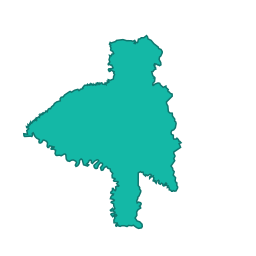 Likolobeng, Maseru, Lesotho (Robinson projection), rotated 131°
{"feature_id": "5366337B98429078950414", "entity_name": "Likolobeng", "entity_type": "district", "adm_level": 2, "iso_a3": "LSO", "parent_name": "Lesotho", "parent_adm1": "Maseru", "projection": "robinson", "projection_center": [27.995, -29.48], "detail": "fine", "context": "isolated", "style": "filled", "palette": "teal", "viewbox_px": 256, "rotation_deg": 131, "n_neighbors": 0, "source": "geoboundaries", "source_scale": "gbopen_adm2", "svg_char_len": 5877}
<svg xmlns="http://www.w3.org/2000/svg" viewBox="0 0 256 256"><g transform="rotate(131 128 128)"><path d="M194.2,204.7L193.4,203.1L193.7,202.4L196.3,202.7L198.6,199.8L200.7,202.9L202.2,201.3L202.2,200.4L198.0,196.1L197.5,195.0L196.3,195.2L194.9,196.7L193.8,196.4L195.4,192.5L195.6,190.3L194.9,187.3L196.8,186.2L197.4,185.3L197.0,184.4L195.6,183.7L192.8,184.1L192.1,183.2L191.5,180.6L192.1,178.9L194.8,177.1L195.3,175.8L194.7,175.0L192.9,175.6L190.8,171.3L191.5,171.1L193.0,172.7L194.3,172.4L194.2,171.7L192.8,170.4L192.3,168.0L195.2,166.2L195.8,164.6L195.5,163.7L193.5,161.9L192.8,160.2L189.4,159.0L188.9,158.3L189.1,157.2L191.9,154.3L192.5,152.2L191.5,150.2L189.7,149.7L188.0,148.4L187.3,145.7L187.8,144.2L190.6,143.4L191.1,142.0L189.7,141.3L188.0,141.3L186.0,141.9L184.3,143.3L182.1,143.1L182.0,141.7L184.9,137.4L183.3,133.6L181.6,133.4L182.2,135.6L180.2,135.4L177.8,135.9L177.0,135.5L176.6,134.5L178.2,132.8L178.1,131.6L174.9,131.5L172.2,130.5L171.8,129.6L172.1,128.4L178.5,129.2L179.6,128.1L180.0,126.3L179.5,125.4L178.5,124.8L175.4,125.9L172.3,126.0L171.6,124.7L171.8,123.5L173.1,122.8L175.9,122.8L177.3,120.7L177.1,119.9L175.9,119.3L173.6,119.9L171.5,119.3L171.1,118.9L171.6,116.7L170.6,114.6L171.9,113.0L172.3,109.7L174.1,109.1L175.9,107.2L174.7,104.7L174.9,104.3L176.3,104.6L177.3,104.3L177.3,103.6L175.0,100.4L175.5,99.9L177.4,100.1L177.6,97.0L178.2,96.9L179.0,98.2L180.6,98.7L181.9,97.1L183.5,96.4L183.9,97.0L183.3,99.6L183.8,100.1L185.4,98.7L187.5,98.9L188.3,98.5L188.5,97.8L187.3,95.6L188.4,95.2L189.2,95.8L191.2,95.7L192.9,94.9L191.6,92.5L191.4,91.0L192.0,90.8L194.4,92.2L195.3,91.8L194.6,89.2L196.2,87.5L197.4,85.0L199.1,85.2L198.7,86.9L201.6,87.4L201.9,86.5L200.4,84.9L200.1,82.5L200.6,82.3L203.7,84.4L204.5,84.2L205.0,81.3L202.0,81.4L201.1,80.4L201.3,79.2L202.5,79.2L202.9,80.6L203.4,80.7L204.6,78.8L206.7,78.3L208.7,76.4L206.8,73.7L207.4,73.1L209.3,73.6L209.9,73.0L209.6,72.2L208.3,72.6L208.3,71.7L207.6,71.3L208.0,70.6L207.4,69.4L205.8,68.6L204.1,66.6L203.0,64.1L201.1,63.6L199.3,61.0L197.8,60.1L197.5,56.3L196.8,54.1L194.5,52.3L193.0,52.6L191.4,54.3L191.1,57.5L192.2,60.2L191.3,63.6L188.1,64.0L185.6,66.5L182.9,66.8L180.1,65.9L179.4,66.9L179.8,67.7L179.4,68.2L177.5,67.9L176.5,68.4L176.1,69.5L177.1,71.6L178.5,71.9L177.4,73.6L174.9,74.3L173.8,75.2L172.1,75.1L167.8,76.5L166.8,77.4L166.6,79.0L165.2,80.2L164.7,82.6L155.2,90.8L152.8,90.1L152.8,88.9L151.5,87.7L152.8,85.9L152.7,83.2L151.4,83.8L151.0,81.9L148.7,81.2L148.0,80.3L148.4,79.2L150.8,79.5L151.8,78.6L149.8,78.4L147.9,77.5L148.4,77.3L148.7,75.6L151.4,74.4L151.1,73.6L150.1,73.5L150.0,72.8L150.8,72.4L151.2,70.5L148.9,71.3L147.4,70.6L147.7,69.6L149.2,69.1L149.6,68.3L149.3,66.7L147.6,66.4L147.5,64.9L148.4,64.1L148.4,63.5L147.7,63.0L144.8,63.4L144.5,62.8L144.8,62.0L146.6,62.0L145.9,61.6L146.0,60.6L145.4,59.9L147.1,59.2L146.0,58.3L146.9,56.7L147.6,56.4L146.9,54.8L147.2,53.7L146.4,52.8L145.5,52.7L145.1,51.4L144.0,50.5L140.8,51.2L139.9,51.8L139.4,53.5L137.4,55.1L137.7,55.9L136.8,57.9L134.3,59.5L133.9,63.0L130.6,64.5L130.3,66.6L129.1,67.9L128.5,70.6L122.0,71.3L121.2,73.3L118.3,74.1L117.1,76.9L116.0,77.7L108.1,75.6L106.3,79.2L104.3,78.3L104.1,80.3L104.5,80.8L103.7,82.5L103.6,84.4L104.8,84.4L106.3,86.1L105.9,87.1L103.7,89.1L104.3,91.0L103.2,92.6L101.1,93.3L99.5,92.3L96.8,92.4L93.1,94.6L92.1,96.0L92.2,97.3L90.6,98.6L89.8,102.3L87.8,104.3L89.2,106.2L89.1,108.4L85.3,112.3L84.5,114.6L83.1,116.1L75.0,115.5L73.4,117.0L74.1,118.7L73.8,120.5L74.2,121.4L73.7,122.5L72.6,122.8L72.5,125.8L71.5,126.9L74.3,128.1L74.2,131.6L73.5,133.4L74.3,134.9L77.1,136.5L79.3,136.8L79.5,137.1L79.1,137.8L77.7,138.6L75.5,138.5L72.7,140.4L73.2,141.2L72.3,141.3L72.2,143.7L70.0,147.0L69.0,146.2L66.9,146.4L65.2,145.7L64.7,147.3L64.2,147.2L64.3,148.3L62.9,148.9L63.4,149.7L62.0,150.1L61.1,148.5L61.0,147.1L60.5,146.7L60.3,145.1L58.7,144.6L57.1,146.3L55.8,149.6L53.6,150.8L52.2,150.5L48.8,151.5L47.8,152.4L47.1,154.6L47.9,157.0L47.1,158.2L47.4,163.7L46.7,168.0L47.6,171.4L46.4,173.1L46.1,174.6L49.5,175.3L51.2,177.2L53.0,177.5L54.1,178.4L56.7,177.0L57.5,177.0L58.0,178.1L59.6,177.9L60.0,178.9L57.9,179.2L57.5,180.4L59.4,181.1L60.1,182.9L63.0,186.3L64.6,189.8L69.4,194.1L71.0,194.2L74.9,196.5L75.1,197.6L76.9,197.0L76.9,195.3L77.9,195.2L78.8,193.3L80.5,192.4L80.7,191.4L80.2,190.0L81.1,187.7L81.6,187.6L82.7,188.6L84.4,187.9L85.3,189.6L85.9,188.5L88.9,187.1L90.1,185.0L92.5,185.0L93.1,184.5L93.0,184.0L92.0,184.0L92.0,182.5L91.2,181.6L92.4,178.7L93.2,178.8L96.0,181.3L97.0,181.0L97.6,179.2L96.7,178.7L95.5,179.2L94.7,175.3L95.9,175.0L96.5,173.2L98.5,172.7L100.6,171.2L103.7,172.7L104.5,174.7L105.5,174.0L105.7,172.6L106.7,172.9L106.6,174.0L107.6,173.2L108.4,174.1L109.5,173.2L109.3,174.7L110.4,174.2L111.6,176.0L111.1,177.4L112.1,178.1L113.5,178.0L113.3,178.6L114.0,178.8L113.2,179.5L113.8,179.7L114.0,180.8L114.9,180.9L114.6,180.6L115.4,180.1L115.4,181.1L116.8,180.5L117.0,181.7L118.5,182.4L117.9,183.1L118.7,183.1L118.8,184.9L119.5,184.4L119.7,185.2L120.8,184.9L121.0,185.3L120.4,185.7L122.2,186.4L121.7,187.2L122.7,187.2L124.3,188.8L126.7,188.7L127.5,188.1L127.7,188.6L128.7,188.3L130.0,189.4L131.5,189.3L132.0,189.6L131.7,191.2L134.6,193.1L138.2,194.2L138.3,195.6L138.8,195.9L144.6,197.5L147.0,197.3L148.7,198.6L150.5,198.4L151.9,196.9L155.0,198.9L157.8,199.6L159.7,199.1L162.2,199.6L164.3,199.1L164.9,200.2L166.2,200.5L168.7,199.7L168.6,200.6L169.3,201.2L169.7,200.7L171.0,200.9L172.1,201.3L172.1,201.8L173.8,201.2L174.1,201.6L173.4,202.3L174.6,202.5L175.1,203.2L175.5,202.3L175.2,201.7L176.3,203.3L176.8,202.4L177.6,202.5L178.1,201.9L178.5,202.8L180.1,203.1L180.4,203.8L181.4,202.8L181.3,203.7L182.4,203.8L182.8,202.8L183.2,203.7L184.1,203.5L184.3,204.2L185.9,204.3L186.2,203.9L186.8,204.4L187.6,203.9L187.9,204.6L188.8,204.5L188.0,205.3L189.2,205.0L189.6,204.3L190.2,204.9L191.2,204.4L191.2,205.5L192.2,204.3L193.0,205.0L193.6,204.6L193.7,205.3L194.2,204.7Z" fill="#14b8a6" stroke="#0f766e" stroke-width="1.5"/></g></svg>